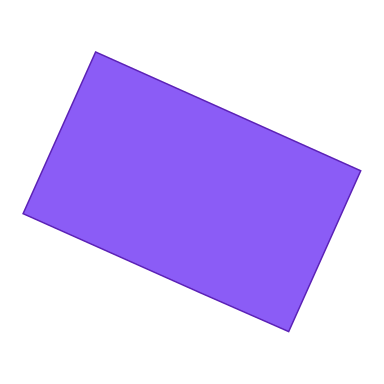 Kingsbury, South Dakota, United States of America (Natural Earth projection), rotated 24°
{"feature_id": "52423323B28637641674469", "entity_name": "Kingsbury", "entity_type": "district", "adm_level": 2, "iso_a3": "USA", "parent_name": "United States of America", "parent_adm1": "South Dakota", "projection": "natural_earth1", "projection_center": [-97.566, 44.37], "detail": "fine", "context": "isolated", "style": "filled", "palette": "violet", "viewbox_px": 384, "rotation_deg": 24, "n_neighbors": 0, "source": "geoboundaries", "source_scale": "gbopen_adm2", "svg_char_len": 262}
<svg xmlns="http://www.w3.org/2000/svg" viewBox="0 0 384 384"><g transform="rotate(24 192 192)"><path d="M46.5,280.5L48.2,280.5L240.6,280.7L337.1,280.2L337.5,104.0L191.5,103.6L47.0,103.3L46.5,280.5Z" fill="#8b5cf6" stroke="#5b21b6" stroke-width="1.5"/></g></svg>